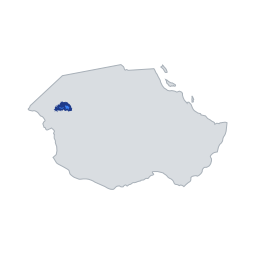 Sengerema, Mwanza, United Republic of Tanzania shown in context, rotated 317°
{"feature_id": "72390352B95612948822264", "entity_name": "Sengerema", "entity_type": "district", "adm_level": 2, "iso_a3": "TZA", "parent_name": "United Republic of Tanzania", "parent_adm1": "Mwanza", "projection": "robinson", "projection_center": [32.45, -2.582], "detail": "fine", "context": "in_parent", "style": "filled", "palette": "blue", "viewbox_px": 256, "rotation_deg": 317, "n_neighbors": 0, "source": "geoboundaries", "source_scale": "gbopen_adm2", "svg_char_len": 7334}
<svg xmlns="http://www.w3.org/2000/svg" viewBox="0 0 256 256"><g transform="rotate(317 128 128)"><path d="M101.2,175.3L99.0,174.0L96.9,173.2L95.3,172.3L94.5,171.4L93.0,171.1L91.6,171.0L90.4,170.2L87.8,169.9L87.6,169.3L87.5,168.1L87.1,167.8L86.1,167.5L85.1,167.5L84.5,167.7L84.2,167.6L83.3,166.9L82.6,166.0L82.3,164.6L81.1,163.6L79.8,162.9L76.0,163.0L75.4,162.8L74.5,162.0L73.5,160.9L72.7,159.5L71.9,157.6L71.2,155.1L66.9,145.1L66.4,143.2L65.6,141.2L64.2,138.6L62.7,136.7L60.8,134.9L58.5,133.2L57.3,132.1L55.0,127.4L54.5,125.2L54.2,122.9L54.3,121.9L55.8,119.0L55.9,118.2L55.7,117.1L55.0,114.7L54.1,111.9L52.3,106.7L52.0,105.4L52.0,104.4L53.1,99.2L53.1,98.4L57.4,98.5L60.5,96.2L63.3,92.8L63.8,91.4L64.9,89.1L66.0,88.1L66.4,87.3L67.1,85.1L68.5,83.6L69.9,82.4L69.6,81.6L69.8,81.3L70.6,80.8L72.1,80.2L72.3,79.1L72.3,77.8L72.1,77.0L72.1,76.2L71.9,75.7L70.9,75.6L69.5,75.0L68.3,74.7L67.5,74.3L67.2,74.0L67.0,73.2L67.7,71.2L67.0,70.4L68.5,67.1L68.8,66.7L69.4,66.6L70.2,66.2L71.0,66.1L71.7,66.2L72.2,66.1L72.6,65.7L72.9,64.6L73.2,62.7L73.1,61.1L72.4,59.9L72.3,58.1L72.6,55.7L72.3,53.7L71.7,52.1L71.0,51.1L69.9,50.6L68.2,48.2L67.7,47.0L67.8,46.2L68.3,45.9L69.4,46.0L70.4,45.7L71.4,45.1L72.3,44.9L72.8,45.0L115.7,45.0L165.9,76.7L166.1,77.0L166.5,79.8L166.4,80.7L165.6,82.3L165.4,83.1L165.4,83.7L165.6,83.9L166.2,84.0L166.8,84.3L167.0,84.6L167.4,85.8L168.0,86.4L187.0,102.0L187.4,102.2L187.2,103.5L186.1,106.7L186.0,108.0L185.6,109.5L185.2,110.6L184.1,115.0L183.1,116.7L181.9,120.6L181.7,123.6L182.3,125.7L182.6,127.6L184.0,129.5L185.2,130.2L186.0,131.1L187.4,133.1L188.2,135.1L190.7,136.1L191.7,138.4L191.4,139.9L190.2,141.2L189.1,143.3L188.2,146.0L188.1,150.2L188.7,149.6L190.1,150.6L190.2,153.7L188.8,157.3L188.4,158.9L188.3,160.4L189.3,164.7L190.8,166.9L190.7,167.6L190.3,168.1L192.9,172.0L192.7,175.4L193.6,178.0L194.0,180.3L194.7,182.0L194.8,183.2L194.0,184.5L195.9,184.9L197.0,186.0L197.5,187.0L198.9,187.0L199.6,187.7L200.7,188.3L203.0,190.0L203.6,190.9L204.0,191.7L197.5,197.3L195.1,198.7L193.5,199.3L191.7,199.7L190.0,200.6L188.4,201.9L186.3,202.6L183.8,202.6L181.2,203.6L177.0,206.4L174.6,204.9L172.8,204.4L170.6,204.4L169.3,204.6L168.8,204.9L168.4,205.9L168.0,207.5L166.6,209.0L164.1,210.5L161.8,211.1L159.7,210.7L158.3,210.1L157.5,209.2L156.4,208.8L155.0,208.9L153.6,209.5L152.3,210.6L150.2,211.1L147.3,211.0L145.7,210.4L145.5,209.5L144.2,208.4L141.9,207.1L140.2,207.1L139.1,208.3L138.1,209.1L137.2,209.4L136.4,209.4L135.2,209.1L132.0,208.9L128.9,209.0L128.6,207.2L128.0,206.1L127.5,205.5L126.4,205.3L126.1,204.8L125.8,203.7L125.3,202.8L124.6,202.0L124.2,201.3L124.0,200.6L124.1,199.9L124.8,198.1L125.0,196.8L124.9,195.5L124.6,194.2L123.9,192.7L123.9,192.2L123.7,191.2L123.7,190.4L123.8,189.5L123.7,188.3L123.1,185.7L123.1,185.0L122.4,183.7L120.4,180.7L120.3,180.4L117.1,177.4L115.9,176.7L115.4,177.3L115.2,177.8L115.4,178.7L115.3,179.2L115.2,179.4L114.4,179.4L113.9,179.3L112.7,178.5L111.8,178.3L109.5,178.4L108.7,178.6L108.0,178.4L106.8,177.1L105.3,176.8L104.1,176.7L101.9,175.1L101.2,175.3ZM191.1,125.2L192.1,128.5L192.0,129.1L191.3,129.5L190.9,129.5L190.4,129.0L190.1,127.9L189.5,128.1L188.6,126.8L187.6,126.8L186.8,125.2L187.1,123.8L187.0,121.4L188.0,120.2L188.6,118.2L189.2,119.6L189.4,121.7L190.2,124.3L191.1,125.2ZM196.2,105.5L196.3,106.3L196.1,107.0L196.1,109.4L196.0,110.9L195.2,113.1L194.6,113.9L194.0,113.6L193.6,113.3L193.2,112.7L194.0,108.7L193.6,105.8L195.1,106.1L196.2,105.5ZM193.9,153.2L193.2,153.4L192.9,153.2L192.5,152.5L193.2,152.0L194.0,150.9L195.8,149.3L196.6,148.1L196.5,149.3L195.5,152.0L194.6,152.1L193.9,153.2Z" fill="#d9dde1" stroke="#a8b0b8" stroke-width="1"/><path d="M96.5,74.9L97.0,75.0L97.6,75.3L97.6,75.5L98.0,75.8L98.3,76.0L98.5,76.1L98.8,75.9L98.9,76.0L99.2,75.6L99.3,75.4L99.1,75.2L99.0,74.9L99.2,74.7L99.3,74.8L99.2,74.8L99.3,74.7L99.4,74.8L99.6,74.6L99.6,74.4L99.3,74.2L99.6,74.1L99.6,73.9L99.2,73.8L99.2,74.0L99.3,74.2L99.1,74.0L98.4,74.1L98.5,73.9L98.9,73.9L99.0,73.8L99.2,73.7L99.9,73.5L100.1,73.2L100.3,73.3L100.4,73.0L100.3,72.7L100.6,72.5L100.6,72.4L100.4,72.3L100.6,72.1L100.6,71.7L100.1,71.5L99.8,71.3L99.9,71.0L100.0,71.0L100.0,70.9L100.1,71.0L100.2,70.9L100.0,70.6L99.7,70.8L99.7,70.4L99.6,70.2L99.9,70.3L100.0,70.0L99.8,69.8L100.0,69.8L100.0,69.4L100.2,69.5L100.1,69.3L100.2,69.1L99.9,69.1L99.8,68.9L99.8,68.7L100.1,68.8L100.0,68.5L100.1,68.3L99.9,68.3L100.0,68.0L99.8,68.0L99.8,67.9L99.7,68.0L99.6,68.3L99.4,68.0L99.2,68.2L99.2,68.4L99.1,68.5L98.9,68.7L98.9,68.4L98.8,68.2L98.7,68.1L98.4,68.1L98.2,68.3L98.0,68.2L97.8,68.0L97.7,68.0L98.1,67.9L98.1,67.7L98.3,67.7L98.2,67.6L98.2,67.2L97.9,67.1L97.9,66.8L97.7,66.9L97.6,66.5L97.8,66.5L97.7,66.0L97.6,66.3L97.5,66.5L97.4,66.6L97.4,66.8L97.4,67.0L97.4,67.3L97.3,67.6L97.0,67.7L96.8,68.0L96.5,68.3L96.5,68.5L96.3,68.5L95.9,69.1L95.7,69.0L95.7,68.9L95.6,68.7L95.7,68.1L95.9,68.2L96.1,68.0L96.0,67.8L96.1,67.5L96.1,67.3L95.9,67.5L95.6,67.5L95.5,67.9L95.3,67.8L95.2,67.6L95.3,67.4L95.2,67.5L94.9,67.5L94.6,67.8L94.4,67.8L94.4,67.6L94.7,67.3L94.4,67.3L94.2,67.2L93.6,67.3L93.5,67.0L93.8,66.9L93.7,66.8L93.6,66.6L93.3,66.6L93.2,66.4L93.3,66.3L93.2,66.0L93.1,65.9L93.0,65.6L93.4,65.6L93.7,65.8L93.5,65.6L93.6,65.4L93.4,65.4L93.3,65.5L93.2,65.5L93.0,65.2L93.0,64.8L92.8,64.4L92.7,64.6L92.0,64.8L91.9,64.7L91.8,64.4L91.8,64.2L91.7,64.2L91.6,64.4L91.8,64.6L91.7,65.0L91.8,65.3L91.6,65.4L91.3,65.3L91.3,65.6L91.1,65.8L91.0,66.1L90.9,66.4L90.7,66.5L90.2,66.4L90.0,66.2L90.0,66.3L89.8,66.3L89.6,66.3L89.4,66.6L89.4,66.8L89.6,67.1L89.8,67.1L90.0,67.3L90.0,67.7L90.2,67.8L90.4,67.6L90.6,67.6L90.5,67.9L90.8,67.9L90.8,68.0L91.0,68.1L90.9,68.1L91.0,68.2L91.1,68.3L91.1,68.5L91.2,68.4L91.5,68.2L91.7,68.9L91.9,68.9L91.9,69.1L92.2,69.3L92.3,69.8L93.4,69.8L94.7,70.0L95.3,70.2L95.6,70.2L95.7,70.4L95.7,70.6L94.8,70.7L94.7,70.9L94.4,71.0L94.3,71.3L94.2,71.5L94.2,71.8L94.3,72.0L94.5,72.4L94.8,72.5L95.6,72.6L96.2,72.8L96.0,73.2L96.3,73.6L96.5,73.9L96.6,74.4L96.5,74.9ZM94.6,64.6L94.4,64.7L94.5,65.0L94.3,65.2L94.2,65.7L94.2,65.9L94.5,66.0L94.6,65.9L94.6,66.0L94.5,66.3L94.4,66.5L94.5,66.7L94.5,66.9L94.6,67.0L95.0,66.9L95.2,66.6L95.2,66.8L95.4,66.8L95.4,66.7L95.6,66.6L95.6,66.4L95.8,66.5L95.8,66.2L95.6,66.2L95.6,65.8L95.8,65.8L95.8,65.4L96.0,65.4L96.1,65.2L96.0,64.9L96.0,64.6L95.9,64.7L95.7,64.6L95.7,64.9L95.6,65.0L95.5,64.8L95.7,65.4L95.4,65.4L95.4,65.5L95.2,65.6L95.0,65.3L94.8,65.4L94.7,65.2L94.8,65.0L95.0,65.0L95.1,64.9L94.9,64.7L94.7,65.0L94.6,64.8L94.5,64.7L94.6,64.6ZM89.1,63.8L88.9,63.8L88.7,64.3L88.5,64.5L88.3,64.3L88.4,64.6L88.2,64.7L87.8,64.7L87.9,64.8L87.7,65.0L88.2,64.9L88.4,65.1L88.3,65.3L88.6,65.4L88.4,65.4L88.2,65.6L87.9,65.7L87.9,65.8L88.0,65.8L88.0,66.0L88.2,65.7L88.4,65.8L88.3,66.2L89.2,65.8L89.3,65.6L89.4,65.3L89.5,65.3L89.5,65.2L89.4,65.1L89.7,64.7L89.2,64.7L89.2,64.4L89.5,64.1L89.2,64.2L89.3,63.9L89.1,63.8ZM98.8,67.0L98.7,67.1L99.0,67.4L99.1,67.2L98.8,67.0ZM96.7,65.0L96.7,64.9L96.6,65.0L97.0,65.2L96.7,65.0ZM98.4,67.1L98.1,66.9L98.2,67.1L98.5,67.3L98.4,67.1ZM90.7,62.9L90.6,63.0L90.7,62.9ZM96.6,65.0L96.6,64.8L96.5,65.0L96.6,65.0ZM98.3,65.8L98.1,65.6L98.2,65.8L98.3,65.8ZM89.5,64.0L89.6,63.9L89.5,64.0ZM97.5,66.0L97.4,66.1L97.6,66.2L97.5,66.0ZM90.8,68.0L90.6,68.1L90.8,68.0ZM93.0,64.1L92.9,64.1L93.0,64.1ZM90.3,62.8L90.4,63.0L90.3,62.9L90.3,62.8ZM95.1,64.6L95.1,64.8L95.1,64.7L95.1,64.6ZM90.6,63.3L90.7,63.2L90.6,63.3ZM98.0,65.3L97.9,65.3L98.0,65.3L98.0,65.3Z" fill="#3b82f6" stroke="#1e3a8a" stroke-width="1.5"/></g></svg>